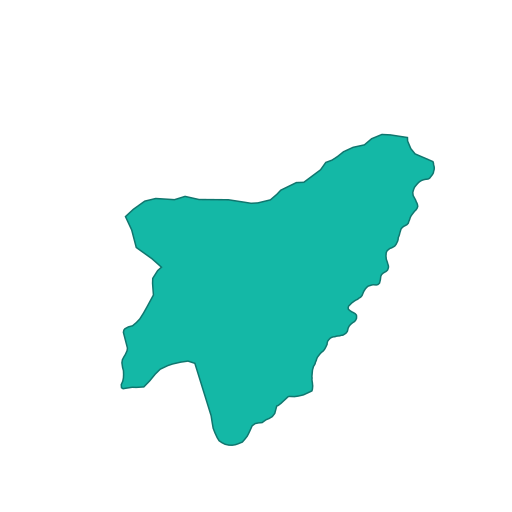 Bambio, Sangha-Mbaéré, Central African Republic, rotated 308°
{"feature_id": "33826404B86044426841106", "entity_name": "Bambio", "entity_type": "district", "adm_level": 2, "iso_a3": "CAF", "parent_name": "Central African Republic", "parent_adm1": "Sangha-Mbaéré", "projection": "albers", "projection_center": [16.839, 3.876], "detail": "fine", "context": "isolated", "style": "filled", "palette": "teal", "viewbox_px": 512, "rotation_deg": 308, "n_neighbors": 0, "source": "geoboundaries", "source_scale": "gbopen_adm2", "svg_char_len": 3502}
<svg xmlns="http://www.w3.org/2000/svg" viewBox="0 0 512 512"><g transform="rotate(308 256 256)"><path d="M442.6,302.4L434.2,287.4L429.3,280.4L419.6,274.9L410.3,273.0L401.4,265.6L392.1,260.8L384.9,259.1L378.4,256.9L372.7,253.4L363.6,253.8L343.5,248.3L338.7,242.6L323.1,235.0L317.6,234.5L309.1,232.8L306.2,230.5L299.0,224.8L294.5,219.7L291.6,214.4L283.3,199.6L265.4,176.3L259.3,163.4L250.2,157.1L239.6,141.6L230.8,134.6L228.5,133.9L217.3,130.6L206.7,128.9L200.0,142.0L189.0,156.4L189.8,175.7L189.0,188.4L183.9,187.5L174.8,188.4L170.8,191.3L162.1,199.2L149.7,201.3L141.9,202.5L134.9,203.2L129.8,202.7L125.0,201.7L121.6,199.1L118.0,197.5L116.3,197.5L114.2,198.5L104.3,211.4L102.0,212.7L97.9,213.7L95.2,214.0L92.0,214.6L89.3,216.1L86.1,219.4L84.0,222.2L81.0,224.7L78.3,226.6L75.3,228.1L71.7,229.0L69.4,231.1L69.6,233.0L71.3,234.5L76.4,239.3L78.7,242.5L83.8,248.2L92.2,249.1L100.9,249.3L107.8,250.2L115.4,254.0L119.5,256.7L126.0,262.0L131.3,267.1L133.8,273.9L102.5,319.0L99.4,322.3L96.8,325.1L93.9,328.3L91.3,332.7L89.0,337.2L87.7,340.7L87.9,343.9L88.6,347.5L90.3,351.1L92.4,353.9L94.7,356.0L97.0,357.5L101.0,359.8L105.0,360.0L108.6,360.0L111.8,359.4L114.5,358.8L119.8,357.5L123.4,358.5L126.0,360.7L128.5,363.4L133.1,364.7L136.1,366.4L139.5,367.7L143.5,367.7L150.5,364.7L151.9,365.5L155.3,366.4L157.9,366.8L164.8,367.9L165.7,368.5L168.8,372.8L171.6,375.5L175.8,378.9L184.1,383.1L185.7,382.5L187.1,381.6L188.5,380.7L189.6,379.6L190.8,378.5L191.9,377.3L193.0,376.2L194.4,375.3L195.5,374.2L196.9,373.3L198.3,372.4L199.7,371.5L201.1,370.6L202.7,370.0L204.3,369.3L206.3,369.1L207.4,368.9L209.0,368.2L210.8,367.8L212.4,367.1L214.3,366.7L216.0,366.7L218.4,366.7L220.4,366.9L222.2,367.4L224.5,367.5L226.5,367.2L228.3,366.8L230.1,366.4L231.5,365.5L233.1,364.9L235.0,364.9L237.0,365.1L238.6,365.8L239.9,366.7L241.0,367.9L242.4,368.8L243.5,369.9L244.6,371.1L246.0,372.0L247.1,373.2L248.7,373.8L250.5,374.4L252.8,374.4L254.4,373.7L255.9,373.0L257.8,372.6L259.6,372.6L261.6,372.9L263.5,373.4L265.0,374.0L266.9,374.0L268.7,373.6L270.0,372.7L271.2,371.6L271.6,369.8L271.4,367.8L271.0,365.9L270.8,363.9L270.9,361.6L272.0,360.4L273.6,359.8L275.6,360.1L277.7,360.3L279.5,360.8L281.3,361.3L282.9,361.9L284.4,362.7L286.3,363.1L287.9,363.8L290.1,363.9L291.9,363.4L293.7,362.9L295.3,362.6L295.6,362.6L297.6,362.4L299.7,362.6L301.5,363.0L302.8,364.0L304.2,364.9L305.5,366.0L306.4,367.4L307.4,368.8L308.7,369.7L310.7,370.0L312.3,369.3L313.9,368.6L315.2,367.8L316.9,366.8L318.7,366.4L320.7,366.7L322.3,367.3L323.9,368.0L325.9,368.3L327.3,367.9L328.9,367.2L330.0,366.1L330.9,364.7L331.9,363.4L332.8,362.0L333.7,360.6L334.9,359.5L336.0,358.4L337.4,357.5L338.7,356.6L340.6,356.1L342.6,356.4L344.5,356.9L345.8,357.8L347.4,358.5L349.2,359.2L351.4,359.2L353.3,358.8L355.1,358.4L356.7,357.7L358.0,356.8L359.9,356.3L361.5,355.7L363.0,355.0L364.7,354.4L366.3,353.7L368.5,353.7L370.4,354.2L371.9,354.9L373.5,355.6L375.6,355.8L377.1,355.2L379.0,354.7L380.6,354.1L382.3,353.6L384.4,353.4L386.7,353.4L388.9,353.4L391.0,353.7L393.0,353.5L394.7,352.9L395.8,351.7L396.7,350.4L397.4,348.8L398.3,347.4L399.0,345.8L399.7,344.2L400.4,342.6L401.5,341.5L402.6,340.4L404.3,339.7L405.9,339.1L407.7,338.6L410.0,338.6L412.2,338.7L414.2,338.9L416.1,339.4L417.7,340.1L419.1,341.0L420.4,342.0L421.5,343.1L422.6,344.2L424.2,344.9L426.5,344.9L428.7,344.9L430.6,344.6L432.2,343.8L433.7,343.2L435.1,342.3L436.2,341.2L437.2,339.8L438.4,338.7L439.3,337.3L434.4,318.5L435.9,311.9L439.9,304.7L442.6,302.4Z" fill="#14b8a6" stroke="#0f766e" stroke-width="1.5"/></g></svg>